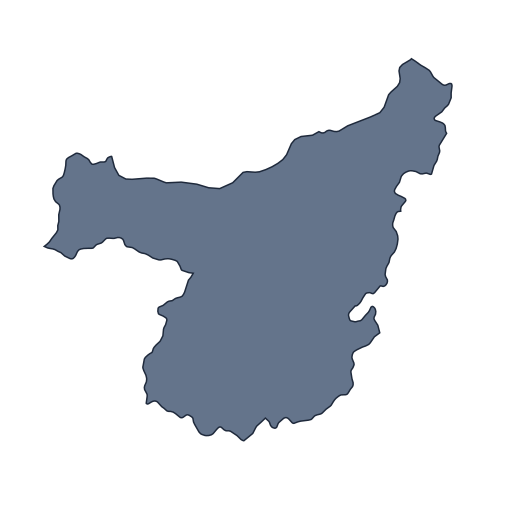 outline of Zajecarski, rotated 265°
{"feature_id": "SRB-844", "entity_name": "Zajecarski", "entity_type": "District", "adm_level": 1, "iso_a3": "SRB", "parent_name": "Republic of Serbia", "parent_adm1": "", "projection": "albers", "projection_center": [22.117, 43.747], "detail": "fine", "context": "isolated", "style": "filled", "palette": "slate", "viewbox_px": 512, "rotation_deg": 265, "n_neighbors": 0, "source": "natural_earth", "source_scale": "10m", "svg_char_len": 6030}
<svg xmlns="http://www.w3.org/2000/svg" viewBox="0 0 512 512"><g transform="rotate(265 256 256)"><path d="M367.7,120.9L356.4,122.8L348.3,126.4L344.0,133.1L343.2,139.3L343.1,153.8L342.3,161.6L341.3,163.8L337.8,170.5L336.7,173.0L336.1,188.0L332.7,203.3L328.1,214.8L326.3,225.7L331.0,239.2L340.4,250.4L340.8,254.3L339.5,262.6L339.6,266.8L341.2,273.3L343.5,279.8L346.4,285.9L349.7,291.1L354.2,295.3L364.9,301.1L368.6,304.8L371.1,311.3L371.4,322.8L374.4,329.5L373.0,331.8L372.7,333.6L373.1,335.4L374.3,337.2L374.7,338.4L374.9,339.6L374.7,340.9L373.3,344.6L372.9,347.1L373.2,349.6L377.7,358.7L384.6,382.4L388.0,391.9L393.0,396.6L405.1,402.2L407.6,404.8L412.7,411.6L416.2,414.2L420.1,415.1L427.9,414.6L431.3,415.6L434.0,418.6L438.1,427.1L439.0,428.0L436.4,431.4L431.7,436.8L428.5,441.4L425.8,444.8L424.1,445.9L419.8,447.8L418.3,448.7L411.0,456.2L410.2,457.3L409.7,458.4L409.7,460.1L410.8,463.1L411.0,464.0L410.8,465.3L410.2,465.9L408.9,466.1L407.8,466.0L401.4,464.6L396.6,464.2L390.5,461.1L389.1,459.8L387.1,457.0L383.4,453.6L379.9,447.5L378.9,446.2L377.8,445.5L376.9,445.5L375.8,446.0L375.3,446.7L373.5,451.0L372.2,453.4L371.2,454.5L370.2,455.2L369.5,455.6L367.5,455.8L364.0,455.7L362.9,456.0L361.6,456.6L350.4,448.3L348.9,447.8L344.7,448.2L343.1,447.8L339.5,445.9L336.4,445.0L334.7,444.2L330.7,441.2L322.4,438.0L322.2,437.7L322.1,436.8L323.7,433.2L323.7,431.9L323.3,428.9L323.6,426.8L326.2,422.7L327.3,418.9L327.5,417.1L327.3,415.3L326.4,412.5L325.2,410.2L323.3,408.2L322.3,407.5L316.9,405.3L313.1,402.0L310.1,400.0L309.0,399.6L308.1,399.5L306.7,400.0L306.0,400.5L304.1,403.1L302.7,405.8L300.5,409.2L299.7,409.9L298.3,410.1L297.4,409.6L293.4,405.6L292.3,404.8L289.7,404.1L288.0,404.1L287.9,401.5L287.6,400.6L286.3,399.3L283.9,397.9L279.9,396.4L277.0,395.1L274.8,394.8L272.9,395.0L272.1,395.3L268.2,397.8L263.7,398.9L260.4,398.9L255.5,397.8L251.2,396.2L247.9,394.2L244.7,390.8L243.3,389.8L241.9,389.1L237.9,387.9L234.4,385.5L232.2,384.3L226.4,383.0L224.2,383.3L220.7,384.8L219.0,384.7L217.4,384.1L215.6,382.6L214.9,381.4L214.6,380.0L215.4,377.7L215.2,376.9L209.1,370.9L208.3,369.5L208.4,368.6L209.6,366.2L209.6,363.9L209.3,362.5L208.7,361.7L205.0,358.8L201.6,356.6L199.8,355.0L198.0,352.7L197.6,351.6L197.6,350.8L197.7,350.5L192.1,344.5L190.8,343.5L189.6,343.1L188.4,343.0L185.5,343.5L184.1,343.9L183.3,344.6L183.0,345.2L181.8,348.9L181.8,349.8L182.2,351.9L182.4,354.2L183.0,355.5L183.5,356.1L187.3,359.8L190.1,363.0L191.8,364.3L195.0,366.1L195.6,367.2L195.6,367.8L195.1,368.6L193.9,369.6L192.6,370.2L190.3,370.5L187.6,370.0L184.9,368.4L183.2,368.0L181.5,368.6L176.4,371.3L168.7,372.6L165.2,366.9L159.5,362.2L158.1,360.6L156.8,357.3L156.0,354.1L153.7,348.1L152.5,345.8L151.8,344.8L150.8,344.1L149.2,343.3L146.7,342.7L145.0,342.9L140.8,344.2L139.1,344.2L136.3,342.8L133.8,340.8L132.3,340.4L125.3,340.9L121.3,341.7L119.1,341.5L117.5,340.8L114.9,338.3L111.7,336.0L110.5,334.9L110.0,333.5L110.2,328.9L110.0,327.9L109.1,326.0L107.3,323.3L105.8,321.7L104.1,320.3L100.7,317.8L99.9,316.8L97.3,312.5L93.8,308.3L93.2,307.2L92.9,306.1L92.4,302.8L91.8,300.9L91.4,300.2L88.9,297.5L88.3,296.5L87.9,294.0L87.6,286.0L87.1,283.1L86.0,279.2L86.1,278.6L86.4,277.9L87.0,277.3L90.6,274.6L91.8,273.4L92.4,272.0L92.4,270.9L91.9,269.4L88.1,264.2L87.1,263.4L83.8,261.8L83.3,261.3L82.8,260.1L82.9,259.4L83.5,257.9L84.4,256.7L86.1,255.7L89.2,254.9L90.2,254.4L93.7,251.2L89.8,246.3L86.6,242.0L85.1,240.8L79.5,237.3L73.0,227.8L73.5,226.5L74.5,225.1L78.8,221.4L83.6,215.4L84.2,213.9L84.4,211.6L84.6,210.7L85.6,209.1L88.4,206.5L88.8,205.6L88.8,204.7L88.4,203.7L86.7,201.7L82.8,197.8L81.8,196.0L81.3,193.4L81.4,190.7L81.7,189.4L82.9,186.7L83.7,185.4L85.6,183.9L93.6,180.2L96.1,179.3L99.9,179.0L101.3,178.0L103.1,175.6L103.6,174.6L103.8,173.9L103.7,172.9L103.4,172.2L101.8,169.5L101.4,168.5L101.4,167.3L101.8,166.4L106.0,162.1L107.7,159.9L108.6,157.5L108.9,155.1L109.5,153.7L112.3,151.1L114.1,149.0L119.1,145.2L119.8,144.3L120.2,143.3L120.4,142.6L120.3,140.8L119.7,139.1L118.2,136.1L118.0,135.0L118.5,134.0L118.9,133.8L125.4,135.3L127.2,135.5L128.4,135.2L132.6,133.4L134.7,133.3L136.4,133.8L140.1,135.8L142.4,136.3L143.8,136.4L146.7,136.0L151.7,134.2L154.2,133.6L155.2,133.6L163.1,135.8L164.6,136.9L166.7,139.6L167.9,141.6L168.9,143.8L169.6,144.4L172.8,145.7L174.1,146.7L176.1,148.8L179.2,152.8L179.8,153.3L184.6,156.3L191.2,157.5L192.8,158.2L195.5,160.0L199.8,161.6L200.9,161.6L201.8,161.2L202.4,160.7L204.3,158.2L206.3,154.5L207.0,153.8L209.5,153.4L212.4,153.9L213.0,154.3L213.6,155.1L214.9,159.2L217.8,163.4L218.3,164.5L218.6,165.5L218.8,168.6L220.7,172.0L221.2,173.9L221.7,177.2L222.5,179.1L224.5,180.7L226.4,181.8L237.8,186.6L240.4,189.2L244.3,192.0L245.3,187.6L248.2,181.0L248.9,180.4L252.5,179.4L257.0,177.3L257.6,176.9L258.7,175.2L260.1,171.7L260.8,169.2L261.0,167.8L261.0,164.9L260.4,161.0L260.6,158.9L263.0,153.0L266.2,148.9L267.4,146.9L268.1,145.5L269.0,142.3L270.2,139.9L273.7,135.7L275.2,133.5L276.5,128.2L277.7,127.0L279.0,126.3L282.9,125.4L284.3,124.8L285.6,123.2L286.2,121.9L286.5,119.8L285.9,116.1L286.0,115.0L286.6,111.4L286.7,109.1L286.3,108.0L285.7,107.2L283.2,104.3L282.8,103.6L282.4,102.9L281.4,98.6L280.8,97.5L278.5,94.9L278.1,94.3L278.0,92.8L278.3,89.3L278.5,84.9L278.2,82.0L277.8,80.7L277.3,79.8L275.8,78.4L272.1,76.3L270.6,75.0L269.5,73.6L269.2,72.4L269.4,71.1L269.8,70.2L272.6,65.5L276.4,61.9L277.8,59.3L279.9,56.3L280.8,54.1L281.4,51.7L282.2,49.1L284.0,45.9L286.0,48.9L288.0,51.4L291.4,54.2L296.6,59.2L299.3,60.9L303.6,61.2L307.6,62.6L314.3,63.1L319.6,64.8L321.8,65.0L323.9,64.6L324.7,64.1L327.6,61.1L330.4,59.7L332.9,59.3L335.6,59.2L341.0,59.6L343.6,60.8L348.5,64.4L349.7,66.1L351.3,69.5L351.8,70.2L353.1,71.2L355.5,72.2L359.1,73.4L362.9,74.4L367.3,75.0L368.7,75.6L369.4,76.3L370.4,77.8L371.9,81.3L373.6,84.8L374.0,85.7L374.0,86.7L373.8,87.4L373.2,89.0L372.4,90.4L369.7,93.6L367.7,96.6L366.3,97.9L363.9,99.0L362.1,100.3L361.7,100.8L361.5,102.2L362.0,105.0L363.0,108.3L363.2,109.3L362.9,112.8L363.0,113.8L363.4,114.6L365.8,116.1L366.7,116.9L367.4,118.4L367.9,120.5L367.7,120.9Z" fill="#64748b" stroke="#1e293b" stroke-width="1.5"/></g></svg>